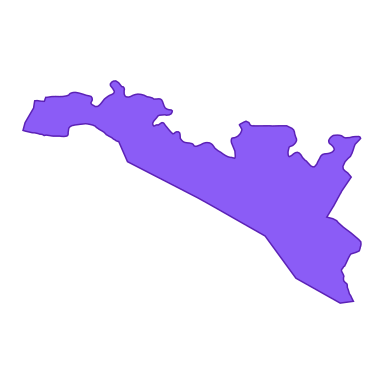 Morne D'Or, Anse-la-Raye, Saint Lucia
{"feature_id": "8701671B88374512548949", "entity_name": "Morne D'Or", "entity_type": "district", "adm_level": 2, "iso_a3": "LCA", "parent_name": "Saint Lucia", "parent_adm1": "Anse-la-Raye", "projection": "orthographic", "projection_center": [-61.007, 13.949], "detail": "fine", "context": "isolated", "style": "filled", "palette": "violet", "viewbox_px": 384, "rotation_deg": 0, "n_neighbors": 0, "source": "geoboundaries", "source_scale": "gbopen_adm2", "svg_char_len": 5892}
<svg xmlns="http://www.w3.org/2000/svg" viewBox="0 0 384 384"><path d="M342.3,272.6L341.5,271.0L341.5,269.9L341.9,269.2L342.7,268.2L343.7,266.6L344.6,266.1L346.2,262.9L348.4,258.1L350.0,255.1L350.8,254.1L351.2,253.8L352.0,253.6L355.6,252.5L358.0,251.5L359.3,250.8L360.2,247.9L360.2,247.2L360.7,246.1L361.0,244.1L360.8,241.8L358.8,239.6L351.2,233.1L346.1,229.3L343.2,227.1L340.0,224.2L338.3,222.7L337.4,221.6L336.7,220.7L332.9,218.7L326.8,217.1L332.9,207.1L333.6,206.1L334.0,205.3L336.4,200.9L336.6,200.6L337.5,198.8L338.1,197.7L338.2,197.4L338.5,197.1L339.3,195.5L339.9,194.5L340.4,193.4L340.6,193.3L341.1,192.4L341.5,191.4L351.2,177.1L350.5,176.2L349.4,174.9L348.8,174.2L348.3,173.6L347.8,173.0L346.2,171.8L345.3,171.2L345.1,171.0L344.5,170.4L343.3,169.1L342.9,166.5L344.2,163.6L345.1,161.7L348.1,158.4L350.4,156.4L352.2,152.8L352.2,152.6L353.2,149.9L354.1,146.9L355.1,144.3L359.6,139.6L360.6,138.4L360.1,137.2L359.6,136.8L358.6,136.5L354.8,136.6L352.3,136.9L349.7,137.6L347.5,137.7L345.6,137.9L343.6,137.3L342.7,136.5L341.4,135.7L339.7,135.3L337.6,135.1L335.6,135.2L333.5,135.4L332.5,135.9L330.5,137.5L329.2,139.4L328.7,140.7L328.8,141.7L329.1,142.9L330.0,143.9L331.3,144.8L332.6,146.1L333.6,147.5L334.3,149.2L333.9,150.3L333.3,151.0L332.6,151.8L331.5,152.4L330.1,153.0L328.2,153.5L326.5,153.7L324.4,153.9L322.5,154.5L321.8,155.1L320.8,156.1L320.4,156.8L319.7,158.3L318.6,160.3L317.8,161.8L317.1,163.3L317.1,163.7L316.2,164.7L315.6,165.6L314.5,166.6L314.1,166.9L313.0,166.8L312.6,166.8L312.2,166.6L310.7,165.8L310.3,165.4L309.2,164.2L307.8,162.7L307.0,161.8L306.7,161.4L306.0,160.8L305.3,160.4L305.0,160.2L304.8,160.0L304.1,159.2L302.5,157.5L300.9,154.8L299.3,153.1L297.4,152.3L295.4,152.7L293.6,153.8L291.6,155.5L289.6,156.6L289.2,156.6L288.7,156.1L288.2,155.0L288.0,152.8L288.1,151.4L288.5,149.6L288.9,148.0L289.0,147.3L289.8,146.6L290.9,146.2L292.7,145.5L294.2,144.2L295.6,142.6L296.5,140.7L296.5,139.0L295.6,136.8L294.7,133.9L294.4,131.9L293.6,129.9L291.9,128.3L288.7,126.8L286.7,125.8L283.9,125.8L279.3,125.8L272.5,126.0L269.7,125.8L256.7,125.9L254.2,125.9L253.9,125.7L253.6,125.9L252.6,125.9L251.3,125.6L250.6,125.3L250.0,124.7L249.6,123.9L249.1,122.9L248.8,122.5L247.6,122.0L246.0,121.2L245.4,121.5L243.9,122.1L241.7,123.3L240.3,124.0L239.6,124.6L239.4,124.8L239.6,125.3L240.6,126.9L241.3,128.3L241.8,129.2L241.8,130.0L241.4,131.3L240.6,133.0L239.8,134.2L238.9,135.1L237.8,136.2L236.1,137.1L234.6,137.7L232.9,137.9L231.8,138.3L231.4,139.3L231.2,141.0L231.5,142.8L233.6,147.9L234.9,151.1L235.3,156.3L235.0,157.9L234.4,158.3L233.9,158.1L233.1,157.8L232.8,157.8L231.6,157.4L230.5,157.4L229.5,157.2L227.8,156.7L225.4,155.5L222.9,153.9L220.9,152.4L218.0,150.7L216.1,149.2L214.6,147.9L214.3,147.3L213.3,145.9L212.3,144.6L211.1,143.7L209.6,142.9L207.4,142.6L206.1,142.6L204.0,143.1L202.5,143.7L201.0,144.6L198.9,145.4L196.8,146.2L195.3,146.3L194.1,145.9L193.4,144.8L192.8,144.1L191.9,143.6L190.5,143.3L189.3,143.0L187.6,142.9L184.7,142.4L183.1,141.6L181.8,140.4L180.3,138.4L180.2,136.6L180.0,134.2L179.6,132.8L178.3,131.8L176.5,131.8L175.2,132.4L174.2,133.4L172.9,133.8L171.9,133.0L170.7,131.8L168.7,129.5L167.0,127.4L165.4,125.5L163.8,123.2L162.9,122.7L161.7,122.7L160.1,123.7L159.9,123.9L159.2,124.4L158.4,124.9L158.0,125.1L157.5,124.9L157.0,124.8L155.7,125.2L155.2,125.5L154.8,125.8L153.9,126.0L153.5,125.8L152.9,124.7L152.7,123.7L152.9,122.7L153.9,120.9L156.7,117.7L158.1,115.8L159.5,115.2L162.1,115.0L164.2,114.8L165.3,114.8L166.2,115.2L169.1,114.9L170.1,114.4L171.3,113.7L172.1,112.1L172.3,110.9L171.3,110.0L168.8,109.7L167.2,109.2L165.2,108.0L164.1,106.0L162.5,101.5L161.6,99.9L160.5,99.1L158.9,98.8L156.8,99.0L153.9,99.1L152.4,98.0L150.2,97.3L148.8,97.0L147.2,96.8L144.0,95.2L141.0,94.4L137.9,94.1L135.5,94.5L133.2,95.2L130.4,96.6L128.4,97.1L126.1,96.8L124.9,95.8L124.2,94.0L124.1,91.0L124.4,89.1L123.9,87.6L123.1,86.8L121.7,86.6L118.6,82.7L115.8,80.9L113.4,81.1L111.6,82.2L110.3,84.0L110.5,85.7L112.7,88.5L113.6,90.1L113.9,90.4L114.3,91.4L114.1,92.6L113.4,93.5L112.0,94.4L109.5,95.4L107.9,96.4L106.9,97.1L106.7,97.3L105.6,98.1L104.4,99.1L103.0,100.9L101.7,102.6L100.2,104.4L98.6,105.8L97.6,106.4L96.4,106.5L95.1,106.5L93.6,105.5L92.1,104.7L91.1,103.6L90.9,102.8L92.3,100.0L92.1,98.0L91.1,96.5L89.2,95.9L86.3,95.3L83.0,94.2L79.2,93.1L75.7,92.4L74.0,92.4L72.2,92.7L70.3,93.4L69.6,94.0L68.7,95.1L66.5,95.9L62.8,96.5L59.4,96.6L55.7,96.5L51.7,96.6L48.6,97.1L47.2,97.3L45.7,97.4L45.7,97.7L45.3,98.5L45.0,99.3L44.7,100.5L44.4,101.1L44.3,101.3L43.7,101.3L43.2,101.3L42.5,101.3L42.3,101.2L41.1,101.2L40.9,101.2L40.6,101.1L39.8,101.0L39.0,100.9L37.5,100.6L37.2,100.6L36.6,100.6L35.9,100.7L34.7,100.8L34.5,102.0L33.8,106.6L33.6,108.0L25.1,122.6L24.6,124.4L23.0,130.4L25.6,131.2L30.0,132.2L32.0,132.7L33.1,132.8L34.6,132.8L38.2,133.6L39.5,134.1L42.2,134.4L43.1,134.9L44.1,135.5L44.4,135.5L44.7,135.3L45.4,135.2L46.5,135.1L47.7,135.3L49.8,135.6L51.5,135.9L53.2,136.1L54.9,136.1L56.5,136.1L57.5,136.1L58.0,136.1L59.6,136.1L61.8,136.4L62.4,136.4L63.9,136.5L64.6,136.4L66.1,136.2L66.9,136.0L67.5,135.5L67.9,135.0L68.2,133.9L68.1,133.0L68.2,132.2L68.5,130.0L68.8,128.2L69.2,127.7L70.0,126.7L70.9,126.2L72.0,125.6L73.2,125.4L74.8,125.0L75.5,124.9L78.7,124.5L80.2,124.3L84.0,123.9L85.5,123.7L86.4,123.8L87.4,123.9L88.9,124.2L89.5,124.3L92.9,125.1L93.7,125.5L95.0,126.0L95.5,126.5L96.6,127.6L97.0,127.8L97.9,128.4L99.1,129.3L101.4,130.6L102.1,131.0L102.9,131.5L104.0,132.2L104.7,132.9L105.7,133.9L106.2,134.6L107.7,135.4L109.0,136.2L110.8,137.1L112.0,137.8L112.4,138.2L113.3,138.9L113.5,139.1L115.2,140.0L116.0,140.7L117.0,141.1L117.6,141.4L117.9,141.4L118.7,141.5L127.5,161.7L197.5,197.7L209.4,204.3L265.1,236.0L295.9,278.2L340.2,303.1L353.4,301.3L353.0,300.5L351.9,298.3L350.7,295.7L349.4,293.8L348.4,290.3L347.3,287.3L347.3,286.1L347.2,284.7L346.7,283.6L345.5,282.8L343.9,281.1L343.5,279.6L343.5,277.8L343.9,276.2L343.3,274.6L342.3,272.6Z" fill="#8b5cf6" stroke="#5b21b6" stroke-width="1.5"/></svg>